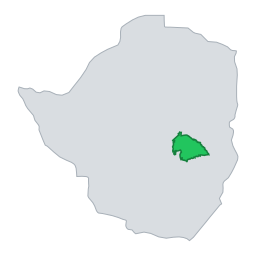 Gutu, Masvingo, Zimbabwe shown in context
{"feature_id": "62879985B73698916591345", "entity_name": "Gutu", "entity_type": "district", "adm_level": 2, "iso_a3": "ZWE", "parent_name": "Zimbabwe", "parent_adm1": "Masvingo", "projection": "natural_earth1", "projection_center": [31.544, -19.591], "detail": "fine", "context": "in_parent", "style": "filled", "palette": "green", "viewbox_px": 256, "rotation_deg": 0, "n_neighbors": 0, "source": "geoboundaries", "source_scale": "gbopen_adm2", "svg_char_len": 6107}
<svg xmlns="http://www.w3.org/2000/svg" viewBox="0 0 256 256"><path d="M189.5,240.6L187.0,238.7L183.5,237.5L179.1,236.9L173.4,237.2L166.3,238.2L158.8,236.9L150.7,233.4L144.0,232.1L136.0,233.7L135.6,233.7L134.2,232.5L132.0,229.9L128.4,229.4L127.4,228.8L126.6,227.8L126.0,226.6L125.8,225.2L126.4,220.9L126.1,220.4L125.1,219.9L123.1,219.4L118.3,217.5L112.2,215.6L102.4,213.5L98.5,213.0L97.6,212.3L96.5,210.8L94.6,205.8L92.8,202.6L88.6,197.6L87.9,196.0L88.1,192.0L88.3,188.8L88.8,186.1L88.6,183.5L88.5,180.3L88.6,178.2L88.0,177.3L86.5,176.6L82.1,176.3L76.8,176.5L76.6,173.2L76.1,168.2L75.1,165.4L73.8,163.9L71.4,162.3L66.4,160.2L59.7,156.9L53.9,152.1L47.3,146.2L45.2,145.1L42.8,139.5L39.0,129.9L39.2,126.7L38.6,125.1L35.0,120.4L34.2,118.0L33.5,115.5L27.7,108.6L25.8,105.6L24.2,101.7L22.7,98.6L21.5,97.3L19.8,95.2L18.7,92.8L18.1,91.0L18.5,88.6L19.1,87.0L24.5,88.7L27.5,88.8L29.9,88.0L32.7,89.1L36.2,92.2L40.0,92.8L44.0,90.9L49.5,91.5L56.4,94.6L62.1,95.2L68.9,92.5L74.9,84.8L80.6,77.6L86.2,69.3L89.5,62.5L94.5,57.1L101.0,52.9L107.7,49.3L117.9,45.0L119.9,41.4L120.6,37.4L120.5,32.0L121.1,28.4L122.1,26.8L123.8,25.6L126.0,24.0L132.7,19.8L138.4,17.1L145.2,15.4L152.8,15.4L160.0,15.4L164.1,15.4L164.2,20.6L164.5,26.5L165.3,27.1L170.8,27.2L179.5,27.6L188.0,28.0L193.3,32.3L195.2,33.2L200.8,34.4L207.9,41.5L216.5,42.2L222.4,44.4L227.6,46.9L230.6,49.8L232.5,50.5L235.2,50.7L236.4,51.0L236.1,53.1L234.4,56.7L234.6,61.8L237.0,68.9L237.3,75.1L236.6,86.0L236.6,96.6L236.8,100.4L237.2,102.9L237.7,104.3L237.6,105.8L236.2,110.3L235.0,114.9L235.0,116.8L234.5,118.1L233.7,119.3L229.9,121.5L229.3,122.8L229.3,125.2L229.7,127.2L231.1,128.0L232.8,129.1L233.5,130.7L233.5,132.3L233.0,135.2L231.4,140.1L232.9,145.8L234.6,149.4L236.9,153.7L237.9,156.3L237.8,158.2L237.5,160.0L234.0,167.8L231.5,172.6L228.4,177.7L224.4,181.0L223.3,182.5L222.9,184.3L223.1,188.2L222.9,192.2L219.4,198.4L221.6,203.8L221.1,204.3L219.9,205.0L214.9,211.1L209.9,217.1L206.3,221.6L202.1,226.7L197.5,232.3L193.5,237.2L189.5,240.6Z" fill="#d9dde1" stroke="#a8b0b8" stroke-width="1"/><path d="M208.8,154.6L208.7,154.2L208.6,153.8L208.3,153.5L207.5,152.8L207.2,152.3L206.9,151.3L206.7,151.1L206.7,150.9L206.4,150.7L206.1,150.6L205.6,150.0L205.5,149.9L205.3,149.9L205.1,149.8L205.1,149.7L205.1,149.4L204.9,149.4L204.9,149.1L204.7,149.0L204.5,148.9L204.7,148.2L204.6,147.8L204.4,147.8L204.3,147.7L204.0,147.4L203.8,147.3L203.7,147.3L203.7,147.2L203.5,146.9L203.4,146.9L203.2,146.8L203.1,146.7L202.9,146.6L202.7,146.6L202.4,146.7L202.2,146.6L202.1,146.2L202.0,145.8L201.9,145.4L201.8,145.2L201.6,145.2L201.4,145.1L201.4,144.8L201.3,144.7L201.2,144.6L200.7,144.6L200.6,144.0L200.5,143.7L200.4,143.4L200.4,143.1L200.5,142.9L200.4,142.7L200.2,142.5L199.9,142.7L199.7,142.7L199.4,142.4L199.2,142.5L198.9,142.6L198.7,142.4L198.7,142.2L198.4,142.1L198.1,142.2L198.0,142.3L197.9,142.4L197.6,142.4L197.4,142.3L197.4,142.2L197.2,142.0L197.2,141.7L197.0,141.4L196.9,141.3L196.9,141.2L196.7,141.1L196.4,141.0L196.3,140.9L196.2,140.9L196.2,140.7L196.2,140.3L196.1,140.2L195.9,140.1L195.6,140.0L195.4,140.0L195.2,140.0L195.2,139.9L195.1,139.7L194.9,139.6L194.6,139.7L194.6,139.8L194.4,139.9L194.3,139.7L194.1,139.5L194.0,139.3L193.9,139.2L193.8,139.3L193.7,139.3L193.7,139.5L193.6,139.8L193.5,139.7L193.4,139.6L192.9,139.7L192.7,139.5L192.5,139.4L192.2,139.0L192.1,138.9L191.7,138.5L191.6,138.4L191.3,138.1L191.2,138.1L191.0,137.9L190.9,137.8L190.7,137.7L190.3,137.5L190.2,137.4L190.1,137.2L189.9,137.1L189.6,136.9L189.4,136.5L189.2,136.5L188.9,136.4L188.6,136.3L188.5,136.1L188.4,136.1L188.2,135.8L187.9,135.7L187.6,135.5L187.5,135.4L187.4,135.3L187.1,135.2L186.9,135.2L186.7,135.1L185.8,135.1L185.4,135.1L184.7,135.2L183.8,135.3L183.7,135.3L181.8,135.7L181.6,135.7L181.2,135.8L181.2,135.6L181.4,135.5L181.0,134.7L181.1,133.7L181.3,132.4L180.5,132.4L179.6,132.1L179.1,133.2L179.1,133.6L178.3,133.6L178.2,133.7L178.2,133.8L178.4,133.9L178.7,134.6L178.8,135.3L178.4,135.3L178.2,135.4L172.9,140.2L172.8,140.4L174.6,140.6L174.6,141.0L174.4,141.3L174.4,141.8L174.0,141.6L173.3,141.5L173.2,141.9L173.2,142.3L173.4,142.6L173.4,143.8L173.5,143.8L173.5,144.5L173.4,144.8L173.4,145.1L173.2,145.4L173.2,145.6L173.3,145.8L172.9,146.1L172.8,146.5L172.6,146.8L172.8,147.4L173.2,148.4L173.1,149.1L173.1,150.1L172.8,150.2L172.8,150.6L172.8,151.1L172.9,151.3L172.9,151.5L173.1,152.0L174.8,151.1L174.7,151.5L174.6,151.8L174.6,152.4L174.5,152.5L174.3,152.7L174.2,153.3L173.9,153.6L174.0,153.7L173.9,154.0L174.1,154.3L174.3,154.5L174.5,154.7L175.2,154.5L175.0,153.7L174.9,152.7L175.6,153.4L175.7,152.0L176.0,151.8L176.0,151.5L176.2,151.3L176.3,151.1L176.4,150.7L177.2,151.0L177.3,151.0L178.2,150.8L179.7,150.3L180.2,150.0L180.3,150.1L180.4,150.3L180.5,150.3L180.7,150.5L180.8,150.5L180.9,151.1L181.1,151.7L181.1,151.8L181.1,151.7L181.4,152.1L181.2,152.5L180.6,152.9L180.3,153.9L180.0,154.4L180.0,155.5L180.1,156.4L180.3,157.6L180.5,158.2L182.1,157.9L182.1,158.3L181.0,159.1L181.0,159.4L180.9,159.5L181.0,159.7L181.4,159.6L182.3,159.4L183.1,160.2L184.2,160.1L184.5,160.4L185.7,160.6L185.9,160.8L186.5,161.3L186.9,161.6L187.1,161.4L187.1,160.9L187.2,160.6L187.2,160.4L187.4,160.3L187.4,160.1L187.5,159.8L187.5,159.6L188.5,159.3L189.8,158.8L190.0,159.1L191.2,158.2L191.3,158.1L191.5,158.0L191.8,158.3L192.2,158.4L192.6,158.4L193.0,158.1L193.5,157.9L193.6,157.6L193.8,157.8L194.0,157.4L194.4,157.2L194.7,157.2L194.9,157.4L194.9,157.2L195.3,156.6L195.5,156.7L195.8,156.6L196.0,156.6L196.2,156.4L196.3,156.4L196.6,156.2L196.7,156.3L196.8,156.5L197.7,156.6L197.7,156.4L197.8,156.3L198.2,156.2L198.4,156.1L198.6,156.1L198.9,156.0L198.9,155.9L199.0,155.5L199.0,155.4L199.3,155.6L199.5,155.7L199.9,155.9L200.0,155.8L200.1,155.7L200.2,155.4L200.3,155.5L200.3,155.3L200.5,155.4L200.6,155.2L200.8,154.9L201.2,155.0L201.4,155.0L201.5,155.0L201.8,155.0L202.0,155.0L202.3,155.1L202.5,155.1L202.8,155.2L203.0,155.2L203.5,155.2L203.8,155.2L203.9,155.3L204.1,155.4L204.3,155.4L204.8,155.2L205.2,155.1L205.4,155.1L205.5,155.1L205.9,154.9L206.0,154.9L206.3,154.9L206.5,154.9L206.8,154.9L207.2,154.8L207.4,154.7L207.5,154.7L208.0,154.7L208.5,154.5L208.8,154.6Z" fill="#22c55e" stroke="#15803d" stroke-width="1.5"/></svg>